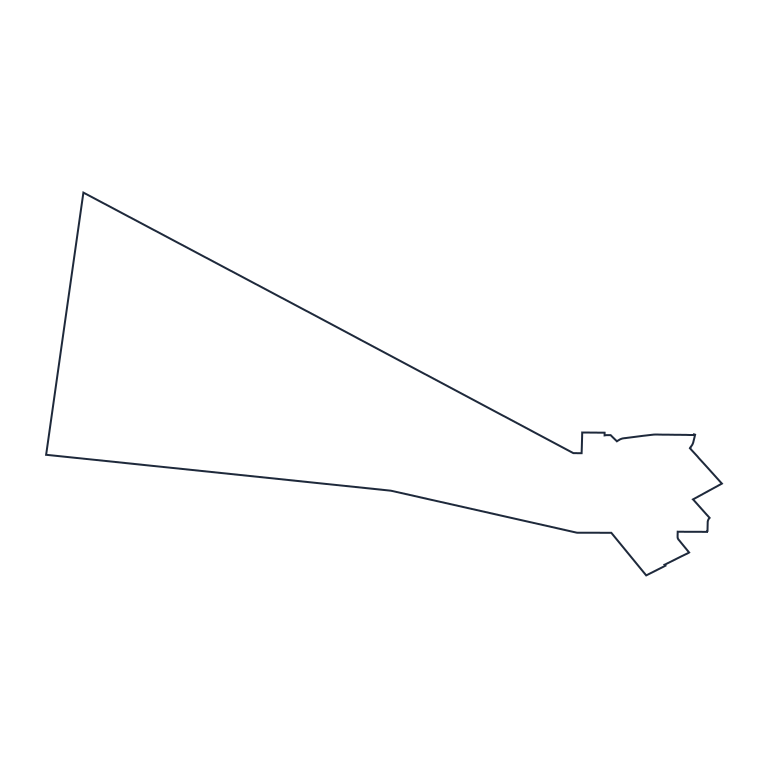 the district of Urk, Flevoland, Netherlands
{"feature_id": "6326949B85884620667315", "entity_name": "Urk", "entity_type": "district", "adm_level": 2, "iso_a3": "NLD", "parent_name": "Netherlands", "parent_adm1": "Flevoland", "projection": "natural_earth1", "projection_center": [5.623, 52.7], "detail": "fine", "context": "isolated", "style": "outline", "palette": "slate", "viewbox_px": 768, "rotation_deg": 0, "n_neighbors": 0, "source": "geoboundaries", "source_scale": "gbopen_adm2", "svg_char_len": 2101}
<svg xmlns="http://www.w3.org/2000/svg" viewBox="0 0 768 768"><path d="M83.4,192.6L65.2,320.4L46.6,451.5L46.1,454.8L52.0,455.4L390.9,490.7L576.9,532.7L611.3,532.8L646.2,575.4L658.3,569.3L662.9,567.0L665.4,565.7L664.6,564.7L664.9,564.6L665.0,564.6L667.3,563.4L667.5,563.3L676.9,558.6L681.3,556.4L688.1,553.1L688.6,552.8L689.1,552.5L683.7,545.9L681.0,542.6L679.4,540.6L678.7,539.8L678.5,539.6L678.4,539.3L678.2,539.1L678.0,538.8L677.9,538.5L677.8,538.3L677.8,538.1L677.7,537.9L677.7,537.6L677.6,537.4L677.6,537.1L677.6,536.9L677.6,535.8L677.7,531.7L687.1,531.8L688.2,531.8L689.5,531.8L690.1,531.8L691.3,531.8L693.1,531.8L699.8,531.8L707.0,531.9L707.0,531.0L707.3,530.9L707.5,530.9L707.7,522.2L707.7,521.9L707.7,521.7L707.8,521.5L707.8,521.4L707.8,521.2L707.9,520.8L708.0,520.4L708.2,520.0L708.4,519.6L708.5,519.3L708.7,519.0L708.9,518.7L709.1,518.4L709.3,518.2L709.6,517.9L707.4,515.4L706.7,514.7L693.6,500.0L693.0,499.4L721.9,483.6L721.4,483.0L720.8,482.4L720.7,482.3L720.6,482.2L705.5,465.4L698.9,458.2L697.6,456.6L696.5,455.4L691.7,450.2L690.0,448.3L690.4,447.9L690.2,447.7L690.6,447.1L690.9,446.7L691.2,446.3L691.5,445.9L691.8,445.5L692.1,445.0L692.4,444.6L692.6,444.1L692.8,443.5L693.0,443.1L693.2,442.6L693.3,442.1L694.4,437.7L694.9,435.5L695.1,434.7L694.2,434.4L694.2,434.7L694.1,434.9L693.9,435.0L693.6,435.0L693.4,435.0L689.5,435.0L686.7,434.9L678.7,434.8L675.9,434.8L675.7,434.8L669.5,434.7L669.1,434.7L668.6,434.7L668.1,434.7L665.0,434.7L664.9,434.7L655.3,434.5L654.1,434.6L653.7,434.6L652.9,434.7L651.9,434.8L646.8,435.4L643.2,435.8L632.3,437.2L626.8,437.9L626.2,438.0L625.8,438.0L625.5,438.1L624.9,438.1L623.7,438.3L623.4,438.3L622.9,438.4L622.4,438.5L621.8,438.7L621.4,438.8L621.0,439.0L620.4,439.2L620.0,439.4L619.7,439.6L619.3,439.8L619.2,439.9L617.8,440.7L616.9,441.3L616.6,441.0L612.8,437.3L611.5,436.0L611.0,435.5L610.6,435.1L606.6,435.1L604.6,435.4L604.6,435.1L604.6,434.1L604.6,432.9L604.6,432.7L582.2,432.5L582.1,437.2L582.0,440.5L581.8,447.7L581.6,453.2L579.3,453.2L578.8,453.2L573.3,453.1L360.9,340.0L324.4,320.5L83.4,192.6Z" fill="none" stroke="#1e293b" stroke-width="2"/></svg>